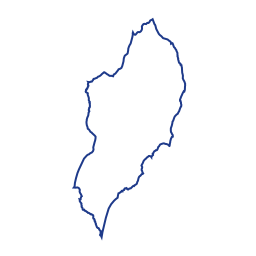 the district of Chíquiza, Boyacá, Colombia, rotated 348°
{"feature_id": "7082276B19361123637584", "entity_name": "Chíquiza", "entity_type": "district", "adm_level": 2, "iso_a3": "COL", "parent_name": "Colombia", "parent_adm1": "Boyacá", "projection": "equal_earth", "projection_center": [-73.45, 5.637], "detail": "fine", "context": "isolated", "style": "outline", "palette": "blue", "viewbox_px": 256, "rotation_deg": 348, "n_neighbors": 0, "source": "geoboundaries", "source_scale": "gbopen_adm2", "svg_char_len": 5733}
<svg xmlns="http://www.w3.org/2000/svg" viewBox="0 0 256 256"><g transform="rotate(348 128 128)"><path d="M192.8,83.3L193.3,80.1L193.2,78.5L193.4,77.7L193.1,77.4L192.5,77.2L192.4,77.0L192.7,76.2L192.0,75.2L191.8,75.1L191.6,74.9L191.5,74.3L191.4,73.7L191.5,73.0L191.3,71.6L191.4,70.7L191.6,70.3L191.4,69.7L191.5,68.9L191.3,67.9L191.6,67.5L191.6,66.5L191.9,65.1L191.9,64.5L191.5,63.1L191.4,61.7L191.0,61.1L190.6,59.6L189.9,58.6L189.8,58.3L189.6,57.3L189.5,56.1L189.2,54.4L189.0,54.2L188.8,54.2L187.6,54.6L187.6,54.3L187.7,53.9L187.7,53.0L187.5,52.5L187.2,52.0L186.6,51.5L185.2,49.7L184.9,49.5L181.0,47.4L179.7,45.1L178.5,43.7L177.7,42.3L176.2,36.9L176.1,33.7L175.9,32.6L175.5,32.0L174.7,26.7L173.4,27.2L172.6,27.3L172.1,27.5L171.1,28.7L170.3,29.3L169.8,29.5L168.9,29.2L168.7,29.3L168.3,29.4L167.9,29.7L167.3,30.1L165.6,29.5L164.7,29.6L163.4,30.7L162.7,31.5L162.4,33.7L161.9,34.8L160.7,36.1L159.8,36.5L159.3,36.7L158.1,36.3L157.4,36.3L157.0,36.5L154.9,38.2L154.3,38.3L153.7,37.8L153.1,37.1L152.7,35.5L152.3,36.3L152.2,37.3L151.9,38.2L151.1,40.1L148.1,46.0L147.0,47.1L145.9,48.5L144.8,50.4L144.3,52.1L143.2,54.8L142.9,55.2L139.9,56.6L139.3,57.5L138.4,59.0L137.4,62.0L135.2,66.3L134.0,67.9L132.7,68.4L131.0,68.6L130.4,69.3L126.9,72.2L125.2,72.7L124.2,74.3L122.4,73.4L121.2,73.3L120.7,73.0L120.2,72.5L119.9,72.0L118.9,71.2L118.0,70.1L117.1,69.3L116.7,68.7L116.2,68.5L113.7,69.8L112.7,70.5L111.6,71.1L110.3,71.5L109.3,71.6L108.0,72.5L106.7,72.6L105.5,72.9L104.6,72.8L104.3,73.1L103.8,73.8L103.1,74.3L102.7,74.8L102.3,75.1L101.8,75.1L101.1,74.9L100.2,75.2L99.1,74.9L98.6,74.7L98.7,75.0L98.5,75.6L98.0,76.5L97.8,77.1L97.9,77.5L98.1,77.9L98.1,78.5L97.5,78.8L97.4,79.0L97.3,79.6L97.0,80.1L96.6,80.5L96.3,81.1L96.1,81.2L95.8,81.0L95.6,81.2L95.5,81.8L95.0,81.9L94.8,82.0L94.6,82.9L94.2,83.5L94.2,83.8L94.3,84.2L95.5,85.2L95.9,85.6L95.9,85.8L95.6,86.5L95.5,87.3L95.8,89.2L95.9,90.4L95.8,91.2L95.4,92.6L95.8,94.0L96.1,94.7L95.9,94.9L95.5,94.9L95.4,95.1L95.5,95.5L95.8,96.4L95.7,96.7L95.4,97.4L95.4,98.5L95.1,99.1L95.1,99.5L94.8,99.8L94.2,100.2L94.1,100.5L94.0,101.2L93.6,101.5L93.5,101.8L93.3,102.5L93.7,103.5L93.0,104.4L92.7,104.6L92.6,105.0L91.7,107.5L91.3,108.1L91.0,108.4L90.6,109.1L90.4,109.3L89.9,110.2L89.6,110.9L89.4,111.1L89.3,111.8L88.6,113.5L88.4,115.0L88.3,116.7L88.6,118.8L88.6,119.2L88.5,119.9L88.5,120.3L88.7,120.6L89.3,121.1L89.6,121.6L90.5,124.0L91.6,125.0L91.7,125.4L93.9,128.5L94.5,129.7L94.1,131.3L93.3,133.3L92.4,134.9L90.0,139.7L89.8,141.9L89.0,143.3L87.6,144.4L85.6,144.9L84.5,145.6L83.5,145.7L82.2,146.2L78.6,148.8L71.4,158.3L69.2,161.6L66.7,166.3L64.7,170.6L63.6,174.1L62.6,175.0L64.5,175.5L66.1,175.6L67.2,176.3L67.4,176.6L67.6,177.0L67.9,177.9L68.0,178.6L67.8,179.1L67.5,179.8L67.5,181.0L67.8,182.1L68.2,183.0L68.2,183.6L68.5,184.2L68.6,185.1L68.2,185.2L67.6,186.1L66.9,187.3L66.8,187.9L66.2,187.9L65.8,187.7L65.9,188.5L65.7,188.9L65.6,189.4L66.2,191.2L66.6,191.7L66.8,192.2L66.4,193.4L66.6,194.5L66.2,195.3L66.3,195.8L66.7,196.3L66.8,196.6L66.8,197.1L66.7,197.6L66.8,198.5L67.0,198.7L68.1,198.7L68.3,199.1L68.4,199.9L69.1,200.2L69.4,200.5L69.9,200.8L70.1,201.4L70.8,201.8L71.2,202.7L71.7,202.8L72.4,203.2L73.2,204.3L73.4,204.5L73.7,204.3L73.9,204.4L74.3,205.0L75.0,205.3L75.2,205.7L75.6,205.9L75.8,206.2L75.7,207.3L75.3,208.5L75.3,209.3L75.4,209.5L76.0,209.9L76.2,210.5L76.2,211.3L75.9,211.8L76.0,212.0L76.4,212.4L76.5,212.7L76.3,213.6L76.7,214.7L76.7,215.0L76.5,215.3L77.0,218.6L77.4,219.1L77.5,219.4L78.4,219.8L78.8,220.9L78.7,221.2L78.8,221.5L79.4,222.6L79.8,222.8L79.9,223.0L79.9,223.4L79.5,224.1L79.4,225.1L79.3,225.5L78.4,226.8L78.6,227.3L79.2,227.9L79.5,229.3L81.4,224.5L87.7,211.2L92.4,202.7L95.7,199.0L99.3,196.2L101.1,195.1L103.4,194.0L103.5,193.5L103.7,193.1L104.2,191.8L105.1,189.9L106.0,189.8L106.6,189.6L107.9,188.8L108.2,188.7L108.5,188.9L108.9,188.7L109.2,188.8L109.2,188.5L109.4,188.6L109.8,188.4L109.9,188.2L110.8,187.8L111.3,187.8L111.9,186.9L112.0,186.6L112.4,186.4L112.9,186.4L113.4,186.7L114.0,186.4L114.2,186.6L114.6,187.7L114.9,188.0L115.4,188.2L115.9,188.0L116.5,187.6L116.8,187.5L118.1,187.6L120.8,185.9L121.5,185.7L121.9,186.0L122.2,185.7L122.5,185.6L123.0,185.2L124.6,184.7L125.3,183.9L125.8,182.8L126.8,181.6L127.9,179.2L128.7,178.1L129.5,177.5L130.1,177.4L131.8,176.0L132.8,176.0L133.4,175.6L132.9,174.3L132.9,172.8L132.6,172.2L132.8,171.0L133.3,170.4L133.7,169.4L133.8,169.1L133.4,167.8L133.4,167.5L133.6,167.4L133.6,167.2L134.4,166.2L134.8,165.9L136.2,163.8L136.5,163.4L137.9,162.3L139.2,161.7L139.9,161.1L140.2,161.0L140.5,160.7L141.8,160.2L142.4,159.8L142.6,159.7L143.1,159.8L144.1,160.3L144.4,160.5L144.8,161.4L145.0,160.7L145.5,160.6L146.1,160.0L146.5,159.9L146.8,159.7L146.7,159.0L146.8,158.3L147.3,158.3L147.6,157.6L148.8,156.3L149.6,156.0L150.0,156.0L150.6,155.5L151.4,155.7L151.9,155.5L152.6,154.7L153.7,152.8L154.5,152.4L155.9,150.9L157.2,150.6L159.2,150.4L159.9,150.5L160.5,150.8L161.1,151.3L162.1,151.6L163.5,152.4L164.3,153.5L164.6,154.1L164.8,154.2L165.0,154.0L166.0,151.3L166.3,150.8L166.7,149.5L167.0,149.0L167.2,148.6L167.7,147.6L169.0,145.9L169.4,145.8L169.9,145.9L170.1,145.6L170.2,145.0L170.2,143.8L169.9,143.4L169.7,142.6L169.6,141.9L169.2,140.8L169.3,140.2L169.4,139.1L169.9,137.1L171.2,135.0L171.8,133.8L172.5,132.2L172.8,131.2L173.0,130.9L173.7,130.3L175.3,127.6L176.2,126.4L178.5,124.8L179.3,124.6L179.7,124.3L180.6,123.1L181.5,122.2L183.1,119.5L184.3,117.9L184.5,117.9L185.0,116.5L184.9,115.1L185.1,114.2L185.0,113.5L185.1,112.6L184.9,112.2L184.6,112.1L184.7,111.8L184.7,111.3L184.9,110.9L186.7,108.1L187.7,106.8L188.5,105.6L190.2,103.6L190.7,104.0L191.5,102.6L192.4,99.2L192.8,98.1L192.9,97.1L193.1,96.7L192.8,94.2L192.4,93.0L192.2,92.4L192.1,91.7L191.9,90.9L192.6,88.2L192.6,86.3L192.5,85.4L192.8,83.3Z" fill="none" stroke="#1e3a8a" stroke-width="2"/></g></svg>